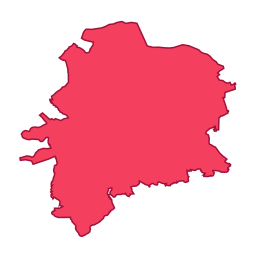 Cluj-Napoca, Cluj, Romania, rotated 358°
{"feature_id": "2599482B57183419142958", "entity_name": "Cluj-Napoca", "entity_type": "district", "adm_level": 2, "iso_a3": "ROU", "parent_name": "Romania", "parent_adm1": "Cluj", "projection": "robinson", "projection_center": [23.595, 46.776], "detail": "fine", "context": "isolated", "style": "filled", "palette": "rose", "viewbox_px": 256, "rotation_deg": 358, "n_neighbors": 0, "source": "geoboundaries", "source_scale": "gbopen_adm2", "svg_char_len": 5804}
<svg xmlns="http://www.w3.org/2000/svg" viewBox="0 0 256 256"><g transform="rotate(358 128 128)"><path d="M86.3,229.0L86.9,228.0L86.5,226.1L87.1,224.8L88.8,223.9L88.9,223.5L90.7,223.7L95.9,221.1L100.3,217.4L101.3,215.0L104.4,214.4L105.9,212.9L106.4,211.3L107.6,211.1L107.6,210.2L108.2,209.6L109.9,209.1L111.7,207.4L109.3,201.5L109.3,199.5L107.6,198.2L107.5,197.9L108.4,198.0L107.2,196.2L106.5,196.5L106.3,195.1L107.0,194.1L106.2,194.1L105.6,193.4L105.7,193.8L105.4,193.8L105.0,193.3L105.5,190.9L106.4,189.6L106.4,187.8L109.6,187.3L109.9,188.3L107.8,191.6L107.7,193.4L110.5,195.7L110.9,196.4L112.4,196.5L114.3,194.2L119.0,194.1L119.5,193.7L123.1,193.9L122.9,193.5L123.3,193.2L124.1,195.0L125.4,196.1L126.7,196.5L126.8,195.8L127.9,195.0L127.9,194.2L131.5,194.0L129.8,191.0L129.6,188.9L129.0,188.1L128.9,187.1L130.9,186.4L134.1,186.3L135.6,185.5L137.4,183.9L137.5,181.4L143.3,185.0L146.9,186.3L146.9,187.3L147.3,187.6L147.8,187.4L147.9,185.6L149.9,184.4L151.3,184.4L152.6,185.5L155.2,186.0L155.6,185.6L155.5,184.1L157.1,182.9L160.0,184.4L163.0,185.0L164.0,184.9L163.0,185.9L163.5,187.1L164.3,186.5L167.5,187.1L168.3,187.0L168.3,186.5L169.6,185.5L171.8,184.4L171.7,184.7L172.4,184.3L174.5,184.7L175.1,184.2L175.1,183.8L175.4,184.2L177.1,182.9L181.4,182.7L181.9,183.0L182.1,183.7L183.3,184.3L185.2,184.0L186.5,183.3L186.6,182.1L186.1,181.4L187.0,178.9L186.5,178.9L186.0,176.2L185.6,176.0L185.5,172.4L187.5,173.4L188.6,172.1L188.9,173.0L189.6,173.1L189.3,171.8L193.5,172.8L196.4,171.3L199.1,171.7L199.3,173.0L199.8,173.2L199.6,173.8L200.7,175.1L203.6,176.0L201.7,177.5L202.7,177.5L202.1,178.3L202.1,179.0L205.9,179.3L208.6,178.9L208.4,178.7L208.7,178.4L210.3,179.0L211.3,178.6L212.1,177.5L212.2,176.7L212.7,175.7L211.2,173.8L211.5,173.3L217.5,174.1L219.3,175.3L223.0,175.6L224.1,175.3L224.9,175.6L226.1,175.1L226.7,174.1L226.3,173.1L226.5,172.7L227.2,173.1L227.3,172.8L227.2,172.4L226.5,172.1L226.3,171.3L228.1,169.7L228.3,169.9L229.1,169.3L229.1,169.0L228.7,168.8L229.2,168.2L227.9,167.0L227.1,167.5L226.6,166.8L225.7,166.9L224.8,165.9L223.9,165.5L223.6,164.7L225.7,162.6L221.6,159.2L218.8,156.3L214.7,150.2L212.1,148.9L210.7,147.8L208.9,147.1L208.5,145.2L208.8,140.4L208.3,139.6L208.4,138.7L207.8,137.5L205.8,136.6L205.7,135.5L206.2,134.2L210.1,131.2L214.3,130.2L214.6,129.9L214.5,129.4L215.4,129.4L215.3,130.3L214.9,130.9L215.4,131.4L213.5,132.5L214.1,133.3L214.2,134.2L216.2,134.1L216.2,132.8L218.5,133.0L219.2,121.2L220.5,120.2L220.9,119.4L223.0,119.1L228.5,116.4L228.0,115.3L229.0,114.8L229.0,114.3L227.5,113.8L226.7,110.2L224.0,101.0L225.2,101.2L225.4,100.6L225.8,100.6L226.2,95.9L236.5,92.9L236.2,87.8L237.0,87.8L236.7,86.9L236.2,86.8L235.0,88.1L232.7,88.5L231.5,85.9L229.7,86.6L228.5,86.5L226.7,85.8L224.4,83.9L221.1,83.4L218.9,79.7L221.3,77.9L219.5,76.1L219.9,75.6L220.9,75.0L221.4,74.2L225.8,71.8L225.3,69.6L219.9,67.3L218.5,65.0L215.2,62.6L212.5,59.2L209.9,57.1L205.0,55.6L203.3,54.4L201.3,52.3L191.6,47.9L185.5,46.7L176.4,49.2L172.2,49.5L168.6,49.3L161.4,48.3L156.0,48.3L150.1,46.7L140.6,23.7L135.0,22.6L130.1,23.3L128.9,23.1L126.4,21.7L124.9,21.4L120.3,22.3L117.2,23.5L112.8,23.9L109.4,25.6L105.4,27.0L95.3,28.2L89.6,27.8L87.9,29.4L86.8,31.0L84.7,36.7L87.7,38.6L95.4,40.8L96.2,40.8L96.0,43.9L94.4,45.7L94.2,46.5L93.0,47.6L93.0,48.4L92.8,48.4L92.1,50.5L90.9,51.2L88.9,51.5L88.0,51.0L87.0,49.3L86.4,49.0L85.8,48.2L82.5,46.1L79.7,45.3L80.0,44.5L79.5,44.2L79.7,43.8L78.2,42.8L78.2,42.4L76.7,41.6L74.5,44.1L71.8,45.1L71.8,46.0L70.8,46.6L70.0,47.7L67.6,49.0L67.1,50.2L64.2,53.6L61.7,55.4L62.8,56.4L65.4,58.0L67.7,58.4L68.3,59.7L70.0,67.2L69.9,70.2L70.3,70.9L70.1,80.1L66.6,84.1L63.7,85.0L62.5,86.6L60.9,87.9L60.0,88.2L57.2,90.1L54.8,92.4L52.7,93.6L53.0,95.3L53.7,97.1L53.0,97.1L52.5,96.6L51.1,96.7L51.4,97.1L51.0,97.5L51.9,98.4L51.3,98.5L51.5,99.3L52.6,99.3L52.9,100.0L52.3,100.0L52.2,100.3L54.0,101.3L54.1,102.0L54.5,102.2L54.4,102.7L56.4,103.3L56.3,104.3L57.1,104.2L57.5,104.8L58.2,105.1L59.0,106.2L58.8,106.8L59.5,107.9L60.2,108.1L60.7,109.7L62.7,110.3L63.0,111.3L66.3,112.6L67.8,114.0L68.6,115.9L64.4,116.5L61.2,118.2L55.7,116.1L54.6,117.3L51.9,116.1L50.9,116.9L49.2,115.9L43.1,110.0L40.1,112.1L42.5,114.5L44.9,117.8L46.6,119.6L46.9,120.0L46.3,121.1L44.3,121.8L40.8,123.7L38.3,124.4L35.5,123.8L32.2,124.1L30.4,125.5L29.5,127.7L28.2,127.8L25.8,127.0L24.0,127.4L22.5,128.5L21.2,130.4L21.9,131.6L22.0,133.0L22.9,134.1L24.0,134.8L27.7,136.1L29.8,136.2L31.4,135.7L38.3,136.4L40.0,138.3L40.5,138.5L42.3,138.3L45.7,134.9L46.9,134.5L48.1,134.8L48.0,137.1L47.7,138.1L47.8,140.3L49.2,141.8L48.5,142.1L49.5,143.3L50.3,145.4L47.0,145.8L42.4,145.5L37.9,146.8L34.6,149.9L33.7,152.1L32.2,153.4L30.5,153.7L29.1,152.9L25.7,152.4L21.1,153.7L19.3,153.9L19.4,154.3L19.0,154.5L19.3,156.5L24.8,156.2L30.5,157.6L31.9,160.9L47.4,156.3L54.1,153.7L54.5,154.4L54.4,154.8L54.7,155.0L54.6,155.3L55.0,155.6L54.9,156.3L55.3,156.9L56.0,161.1L54.8,162.7L53.7,162.7L53.1,163.6L52.8,165.8L52.2,166.8L52.4,169.4L53.1,170.1L52.8,172.8L51.8,175.0L51.1,177.9L49.8,179.2L49.3,181.1L49.3,181.9L49.8,182.2L49.5,182.8L50.5,182.6L49.8,183.7L49.3,183.8L49.7,184.7L49.6,185.7L48.8,186.4L49.3,187.3L49.2,188.1L48.8,188.4L49.4,188.7L48.9,188.8L49.1,189.3L48.8,189.6L49.4,190.0L49.6,190.8L49.3,191.1L49.6,191.5L49.2,191.7L49.7,192.0L49.2,192.3L49.3,192.7L48.8,193.0L48.8,194.0L50.5,195.6L50.6,196.2L51.3,195.5L50.8,194.8L51.2,194.4L53.0,195.1L53.6,196.0L56.6,197.8L57.3,198.7L57.5,199.6L56.8,202.7L57.0,202.5L58.8,203.9L59.5,203.7L60.1,204.2L56.8,205.8L51.8,205.6L51.6,207.2L52.1,207.7L50.9,208.3L50.8,208.9L49.8,208.7L48.9,209.7L48.9,210.8L49.8,211.9L50.9,212.2L51.9,213.6L55.3,215.0L67.4,215.3L67.5,217.0L68.4,217.9L69.0,219.9L72.4,223.7L72.5,225.0L72.0,226.2L72.6,228.2L75.0,231.4L75.6,233.3L76.6,234.2L78.7,234.6L79.5,233.9L80.7,233.8L82.9,232.4L84.4,231.8L86.3,230.3L86.3,229.0Z" fill="#f43f5e" stroke="#9f1239" stroke-width="1.5"/></g></svg>